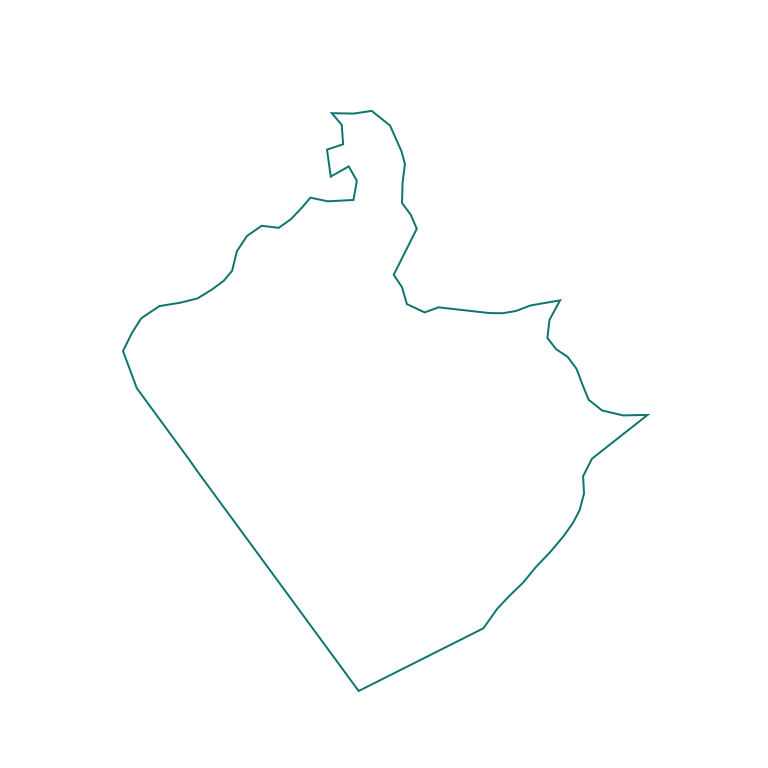 Pacujá, Ceará, Brazil (orthographic projection), rotated 335°
{"feature_id": "56859067B42415660156267", "entity_name": "Pacujá", "entity_type": "district", "adm_level": 2, "iso_a3": "BRA", "parent_name": "Brazil", "parent_adm1": "Ceará", "projection": "orthographic", "projection_center": [-40.67, -3.999], "detail": "fine", "context": "isolated", "style": "outline", "palette": "teal", "viewbox_px": 768, "rotation_deg": 335, "n_neighbors": 0, "source": "geoboundaries", "source_scale": "gbopen_adm2", "svg_char_len": 1018}
<svg xmlns="http://www.w3.org/2000/svg" viewBox="0 0 768 768"><g transform="rotate(335 384 384)"><path d="M451.1,116.5L455.2,131.3L448.3,149.4L431.4,147.5L423.4,173.5L444.0,171.9L445.3,188.3L434.1,204.3L410.3,194.7L396.0,184.0L384.3,189.4L369.5,195.2L354.7,198.0L339.9,188.9L322.4,191.9L306.8,201.5L294.2,217.2L282.4,222.7L267.7,225.7L251.0,227.6L234.0,224.3L213.5,218.5L191.8,221.8L177.1,231.2L161.4,243.8L158.2,283.3L175.7,371.4L177.9,384.0L231.3,651.5L370.9,647.4L391.9,635.4L408.1,629.0L426.4,622.7L444.0,614.2L463.7,606.5L482.0,598.0L496.5,589.8L508.0,581.0L519.0,567.8L525.5,551.7L540.9,539.6L609.8,523.4L587.4,513.5L570.4,500.1L562.8,484.7L563.6,468.5L564.9,451.8L561.9,437.0L554.8,425.4L551.5,411.4L561.1,395.8L578.9,382.6L549.9,374.7L534.6,373.6L521.4,370.0L509.4,364.2L465.9,337.6L451.1,336.3L438.5,321.2L441.2,303.9L439.0,289.1L479.3,257.2L479.8,241.9L476.8,227.6L485.6,210.0L496.0,193.3L498.2,180.4L498.7,152.4L488.3,131.3L470.8,126.1L451.1,116.5Z" fill="none" stroke="#0f766e" stroke-width="2"/></g></svg>